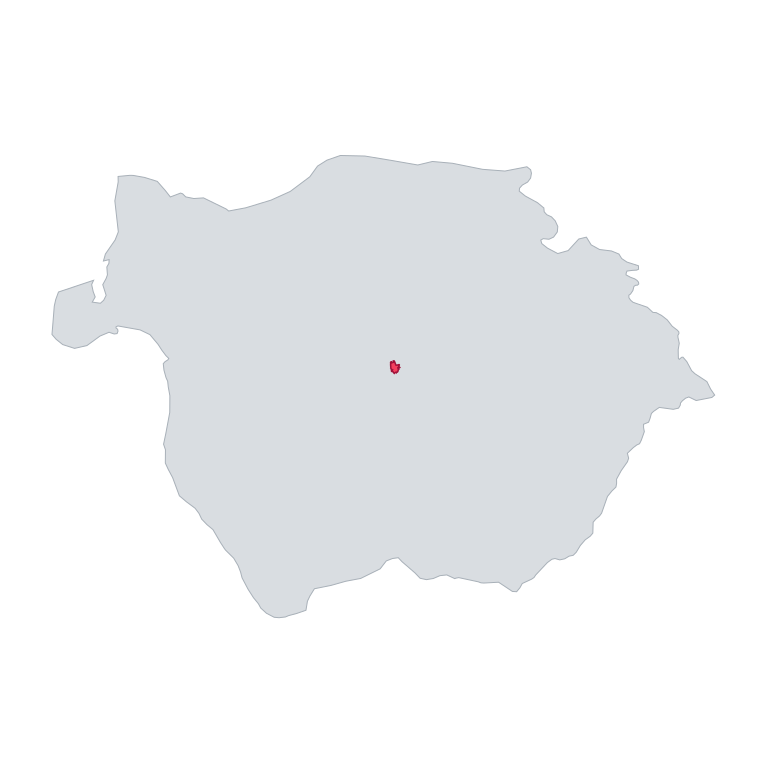 Voila, Brasov, Romania shown in context, rotated 178°
{"feature_id": "2599482B13078719041336", "entity_name": "Voila", "entity_type": "district", "adm_level": 2, "iso_a3": "ROU", "parent_name": "Romania", "parent_adm1": "Brasov", "projection": "albers", "projection_center": [24.863, 45.81], "detail": "fine", "context": "in_parent", "style": "filled", "palette": "rose", "viewbox_px": 768, "rotation_deg": 178, "n_neighbors": 0, "source": "geoboundaries", "source_scale": "gbopen_adm2", "svg_char_len": 5758}
<svg xmlns="http://www.w3.org/2000/svg" viewBox="0 0 768 768"><g transform="rotate(178 384 384)"><path d="M608.4,431.5L616.2,441.5L625.9,446.6L647.9,451.3L649.8,450.5L649.9,449.4L648.3,448.0L648.0,446.1L649.0,443.7L651.9,443.4L657.0,445.3L666.2,441.8L679.5,432.8L692.0,430.4L703.7,434.6L710.0,440.0L714.1,445.1L713.3,451.8L712.8,456.0L710.8,473.4L709.1,479.9L706.1,487.3L670.6,497.8L672.7,493.6L671.4,486.4L669.6,481.1L672.7,476.0L664.6,474.6L661.2,477.5L658.6,482.3L661.6,493.1L658.0,499.2L656.6,502.7L656.9,510.6L654.7,514.2L654.4,517.9L660.1,516.7L657.9,523.6L647.7,537.3L644.2,545.3L646.6,576.4L642.6,595.2L642.5,600.7L630.8,601.4L627.3,601.2L616.1,598.8L603.5,594.4L595.9,585.1L591.0,578.4L580.6,581.9L578.6,581.1L575.6,577.9L567.6,576.0L557.9,576.3L535.6,564.4L533.2,562.3L516.1,564.9L490.5,571.7L471.0,579.7L450.9,593.7L442.8,604.1L433.2,609.7L419.6,613.9L395.2,612.5L369.8,607.4L342.6,601.7L327.8,604.7L307.9,602.2L278.0,595.1L255.7,592.6L233.6,596.1L230.0,593.0L229.3,589.5L230.3,584.7L233.4,580.8L238.8,578.0L241.7,575.0L242.1,572.0L236.2,566.9L224.2,559.8L219.3,555.4L218.1,554.4L217.9,550.5L215.4,547.5L210.8,545.2L207.2,541.1L204.8,535.3L205.5,529.9L209.4,524.9L214.1,522.9L219.8,523.7L222.3,522.3L221.4,518.8L215.9,514.1L205.8,508.3L195.3,510.9L184.3,522.1L176.6,523.7L172.1,515.8L163.9,510.9L152.0,509.0L144.7,505.7L142.1,501.1L137.0,497.4L125.6,493.3L125.6,489.8L127.5,489.0L131.7,488.9L137.2,488.4L138.1,486.4L138.3,484.6L134.0,482.1L129.7,480.3L127.5,478.7L126.1,476.9L125.9,475.1L127.3,473.9L129.0,473.9L130.8,472.9L132.0,468.7L134.5,465.3L136.2,464.2L136.2,461.6L134.6,459.1L132.3,457.0L128.8,455.6L118.1,451.5L112.8,446.2L109.4,445.8L104.2,442.8L98.7,438.2L94.0,431.7L88.8,427.4L87.5,425.7L87.5,424.1L88.6,422.4L88.6,420.5L87.5,414.4L88.8,408.0L88.9,401.9L88.9,399.2L88.0,398.3L87.0,399.2L85.6,400.3L84.3,400.4L80.6,395.8L76.1,386.6L72.9,383.4L66.5,378.9L61.2,375.1L57.7,367.4L53.9,361.4L56.8,359.1L72.6,356.6L79.8,360.4L83.1,359.3L86.4,356.8L88.3,354.7L88.7,352.4L90.5,349.6L95.8,348.6L109.7,351.0L115.6,347.2L117.8,345.2L119.3,340.4L120.9,336.6L126.0,334.7L126.1,331.2L125.5,327.3L128.8,318.9L130.7,315.4L133.6,314.2L137.1,311.7L143.2,306.3L142.1,301.3L143.4,297.8L149.9,289.2L154.9,280.8L155.0,276.6L155.8,272.9L160.1,269.0L164.6,263.8L171.0,247.4L173.1,244.7L176.9,241.7L179.8,238.6L180.5,227.7L183.2,224.7L188.3,221.3L193.4,215.8L197.7,209.2L200.9,206.2L205.0,205.5L209.5,203.0L214.5,202.1L219.2,203.6L222.3,203.0L227.0,199.8L239.1,187.8L240.8,185.4L243.3,183.8L252.8,179.8L255.3,175.6L258.7,171.8L262.9,172.2L276.4,181.9L291.2,181.6L293.9,181.9L294.8,182.2L296.6,183.0L316.1,187.9L319.2,187.4L320.0,187.0L327.9,191.0L334.8,190.5L341.5,187.9L348.4,187.0L354.7,188.6L359.6,194.1L372.1,205.7L375.8,209.9L381.6,209.3L387.9,207.1L394.3,199.4L414.1,190.5L429.1,188.2L443.8,184.6L460.7,181.8L465.5,174.6L468.1,169.6L469.9,160.6L479.0,157.8L487.6,155.8L490.7,154.6L497.0,154.1L501.9,154.7L509.5,159.0L515.0,164.4L517.2,168.8L521.9,175.0L527.0,183.6L532.6,195.2L533.9,201.1L536.1,207.5L540.3,215.2L548.2,223.6L549.3,225.2L552.9,231.2L560.0,244.4L565.8,249.6L570.9,255.3L573.4,261.1L577.1,266.4L585.6,273.2L592.4,279.4L598.5,297.8L602.6,306.2L605.3,312.6L604.7,325.9L606.4,331.5L603.8,342.0L599.1,363.1L598.4,379.7L599.7,388.6L600.1,394.3L601.6,397.9L603.4,405.4L603.9,412.0L602.0,414.0L599.2,415.6L598.2,417.1L600.9,419.9L604.7,425.3L608.4,431.5Z" fill="#d9dde1" stroke="#a8b0b8" stroke-width="1"/><path d="M375.8,406.0L376.1,406.0L376.1,405.8L376.1,405.7L376.6,405.5L376.7,405.8L376.7,405.7L376.7,405.4L376.6,405.2L376.5,404.9L376.4,404.9L376.5,404.7L376.6,404.4L376.7,404.2L376.7,403.9L376.6,403.7L376.6,403.4L376.7,403.2L376.8,402.9L376.8,402.7L376.7,402.3L376.6,402.0L376.7,401.7L376.7,401.4L376.6,401.2L376.7,400.9L376.7,400.6L376.6,400.0L376.6,399.9L376.5,399.4L376.3,399.0L376.3,398.9L376.3,398.7L376.2,398.6L375.9,398.4L376.0,398.4L375.9,398.3L375.9,398.2L376.0,398.1L376.1,397.9L376.1,397.7L375.8,397.5L376.0,397.3L376.1,397.1L376.0,396.9L375.9,396.8L375.9,396.7L376.0,396.7L376.0,396.4L375.9,396.4L375.6,396.4L375.4,396.3L375.3,396.2L375.2,396.3L375.2,396.2L374.9,396.2L374.7,396.1L374.5,395.9L374.3,395.7L374.2,395.5L374.2,395.4L374.1,395.2L373.9,395.0L373.8,394.9L373.6,394.6L373.6,394.4L373.4,394.2L373.3,394.3L373.2,394.4L373.1,394.5L372.9,394.6L372.7,394.7L372.5,394.8L372.4,394.9L372.2,395.0L371.9,395.1L371.7,395.2L371.6,395.3L371.5,395.2L371.5,395.3L371.4,395.3L371.2,395.3L370.9,395.4L370.7,395.4L370.4,395.5L370.3,395.4L370.2,395.4L370.1,395.5L369.9,395.9L369.7,396.1L369.6,396.3L369.5,396.7L369.4,396.9L369.4,397.0L369.4,397.4L369.3,397.6L369.2,397.8L368.9,398.0L368.7,398.2L368.6,398.3L368.9,398.7L368.9,398.8L369.0,398.8L369.5,399.0L369.6,399.6L369.9,399.6L370.1,399.6L369.9,399.7L369.7,399.7L369.4,399.6L369.2,399.5L368.9,399.6L368.6,399.5L368.4,399.5L368.2,399.6L367.9,399.8L367.7,399.9L367.8,400.0L367.9,400.3L368.0,400.4L368.3,400.4L368.5,400.4L368.5,400.5L368.6,400.8L368.6,401.1L368.8,401.1L368.8,401.5L368.7,401.5L368.6,401.8L368.4,401.7L368.4,401.8L368.4,402.1L368.5,402.1L368.1,402.2L368.0,402.5L368.1,402.8L368.3,402.8L368.5,402.8L368.5,402.7L368.7,402.8L368.8,402.8L369.0,402.8L369.3,402.6L369.7,402.5L370.1,402.5L370.2,402.4L370.3,402.4L370.7,402.4L370.8,402.4L371.3,402.3L371.4,402.5L371.5,402.7L371.5,402.9L371.6,403.1L371.7,403.4L371.9,403.6L371.9,403.8L372.0,404.1L372.1,404.3L372.1,404.5L372.3,404.9L372.3,405.0L372.4,405.4L372.4,405.5L372.5,405.6L372.6,405.8L372.8,406.1L372.8,406.3L372.9,406.6L373.0,406.6L373.3,406.7L373.5,406.6L373.8,406.7L373.8,406.4L373.8,406.2L373.9,405.9L373.9,405.6L373.9,405.4L374.1,405.4L374.4,405.3L374.5,405.2L374.8,405.0L374.8,404.9L374.8,405.0L375.2,404.9L375.2,405.0L375.3,405.4L375.8,406.0L375.8,406.0Z" fill="#f43f5e" stroke="#9f1239" stroke-width="1.5"/></g></svg>